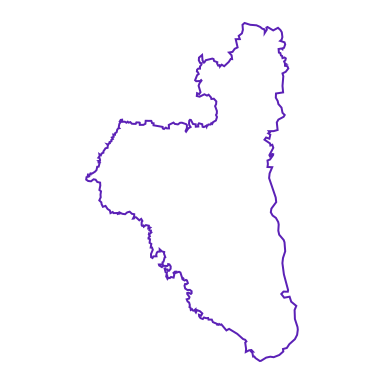 Sirajganj, Rajshahi, Bangladesh (Natural Earth projection)
{"feature_id": "16705992B55394931042500", "entity_name": "Sirajganj", "entity_type": "district", "adm_level": 2, "iso_a3": "BGD", "parent_name": "Bangladesh", "parent_adm1": "Rajshahi", "projection": "natural_earth1", "projection_center": [89.578, 24.399], "detail": "fine", "context": "isolated", "style": "outline", "palette": "violet", "viewbox_px": 384, "rotation_deg": 0, "n_neighbors": 0, "source": "geoboundaries", "source_scale": "gbopen_adm2", "svg_char_len": 5987}
<svg xmlns="http://www.w3.org/2000/svg" viewBox="0 0 384 384"><path d="M119.8,121.5L120.7,121.9L119.3,124.0L118.7,127.5L119.3,128.2L118.3,128.4L117.3,129.5L116.6,132.3L115.1,133.2L115.0,134.7L113.3,134.5L113.7,136.8L111.9,137.5L112.9,139.0L111.3,140.0L111.4,141.3L109.6,142.1L109.8,143.2L108.8,143.5L108.3,144.6L107.2,144.3L107.8,145.0L107.6,147.8L105.5,148.3L103.4,151.4L103.4,152.7L101.7,153.4L100.9,155.2L99.4,154.2L99.7,155.8L98.4,157.7L99.5,158.0L100.1,160.1L99.9,160.8L98.4,161.0L99.4,162.0L97.8,162.3L99.7,162.8L98.6,166.7L97.2,166.8L96.5,170.1L95.0,171.7L92.2,173.5L90.7,173.4L90.7,174.4L89.3,174.4L89.3,176.3L88.6,176.6L87.8,175.5L87.6,176.8L86.5,177.2L86.2,179.6L88.2,181.0L91.0,181.3L93.6,179.3L95.6,179.7L97.3,182.0L100.1,182.6L100.3,185.6L99.4,190.0L101.0,191.3L100.5,194.6L100.7,197.3L99.3,200.4L101.3,202.3L101.6,204.2L102.9,206.8L105.5,205.9L107.6,209.0L109.9,210.5L110.5,213.1L112.7,212.0L113.5,213.1L117.4,213.0L117.7,214.0L118.7,213.7L118.8,213.0L119.5,213.4L119.7,212.5L122.3,213.8L125.1,214.2L127.2,212.4L129.7,211.7L131.9,213.8L134.2,214.2L134.2,216.2L133.0,218.6L133.9,218.5L134.7,217.2L136.2,217.4L139.3,220.3L141.2,218.9L142.4,221.0L141.7,222.0L141.6,225.0L142.2,225.9L143.4,225.5L143.8,226.7L145.9,225.1L148.8,225.7L148.4,227.8L149.4,227.2L150.3,227.6L149.2,228.5L149.3,230.3L150.9,230.6L150.7,231.6L151.4,232.3L149.9,233.8L149.1,233.4L148.8,234.5L149.9,236.3L148.6,237.5L148.5,238.6L150.0,239.2L149.6,242.8L151.3,243.9L150.7,247.5L152.0,247.5L152.8,249.8L151.0,254.0L151.1,257.2L152.5,258.0L153.4,256.4L156.5,256.3L156.2,254.8L156.9,252.5L157.8,251.7L159.8,251.6L159.7,249.3L162.1,251.5L164.2,252.0L164.0,253.7L165.3,257.2L164.6,257.6L163.5,261.7L162.5,262.4L162.8,264.4L158.9,264.5L159.2,265.5L161.9,267.1L163.1,265.8L167.2,266.0L168.1,265.2L168.2,264.1L169.4,264.4L170.7,266.4L170.6,268.8L169.0,270.8L168.0,270.8L167.5,269.5L165.5,269.8L165.4,268.3L164.6,268.5L165.6,272.2L166.9,272.6L166.3,276.0L167.2,275.7L167.4,277.4L167.0,277.7L167.5,278.9L168.4,277.8L169.8,278.1L171.0,277.0L173.6,277.6L174.3,274.5L173.5,272.9L174.9,271.7L176.2,271.7L176.0,272.8L179.0,271.8L180.4,272.5L181.9,277.2L183.1,278.2L182.3,278.6L182.5,279.3L184.5,280.5L186.0,279.9L186.9,280.4L187.9,283.1L186.5,284.2L185.1,284.0L184.5,285.7L185.2,288.5L187.4,290.0L189.9,289.9L191.6,291.2L191.6,293.2L190.9,293.9L188.6,292.7L187.3,292.9L187.2,293.9L189.5,297.1L189.0,298.6L186.7,299.3L187.6,301.5L189.1,302.5L189.8,305.0L189.5,307.1L190.4,307.5L190.8,309.9L192.0,309.2L192.7,310.4L193.8,310.7L195.5,309.3L195.5,311.9L195.9,312.5L197.0,310.1L199.9,311.2L202.3,313.4L201.2,315.6L199.0,314.8L199.2,316.4L200.5,318.1L202.8,319.0L204.0,317.5L206.2,318.2L208.1,318.0L208.5,319.6L211.8,319.6L212.9,322.1L217.1,323.9L217.1,324.6L218.4,324.8L219.1,324.0L220.2,324.8L221.4,324.4L226.4,330.4L229.1,328.9L237.3,333.9L243.0,339.0L245.2,339.8L246.4,341.4L245.2,342.6L246.1,349.0L245.8,352.0L249.1,350.3L251.4,350.0L252.8,351.5L251.0,351.4L252.4,352.9L253.1,356.6L254.3,356.5L255.5,358.1L259.8,361.0L261.0,360.8L266.2,357.6L270.3,356.7L273.7,357.2L279.3,355.0L283.3,351.5L283.0,349.0L286.8,348.0L289.3,344.2L294.9,339.2L297.1,334.9L297.8,329.7L297.5,327.0L294.9,319.0L294.6,310.0L296.3,305.9L291.2,301.7L289.6,296.7L284.2,297.7L281.3,294.0L283.5,291.6L287.8,291.7L288.1,290.1L283.9,274.4L282.4,263.1L283.0,258.0L285.2,251.3L284.5,242.3L283.7,240.0L279.2,234.7L278.3,230.7L278.7,224.5L278.2,222.0L275.9,217.9L272.6,215.5L270.8,212.3L271.4,208.6L276.2,202.1L275.7,197.5L269.1,178.1L269.6,173.4L272.2,167.2L267.5,167.0L267.9,164.0L267.5,160.5L270.0,159.5L273.1,155.1L273.2,154.2L272.4,154.0L269.9,156.2L269.4,155.1L273.3,147.8L272.3,144.8L270.4,145.5L270.1,143.5L264.5,139.7L266.1,137.5L269.4,138.7L270.3,134.7L268.3,133.3L269.8,132.3L268.9,131.2L273.7,131.1L277.6,130.0L276.8,122.4L278.4,119.6L283.6,116.8L284.7,115.0L282.5,112.8L281.5,107.6L278.4,104.1L277.7,101.0L275.8,97.7L276.0,93.5L283.1,92.4L282.5,85.9L283.3,76.3L282.5,73.4L285.7,71.8L288.3,68.5L287.4,66.2L285.0,65.8L285.0,64.2L286.0,64.0L284.9,63.3L284.1,61.4L285.3,60.4L285.8,58.4L284.5,57.5L282.5,58.1L282.1,56.0L280.9,55.4L280.3,53.0L278.9,52.6L278.6,49.0L281.4,48.5L282.5,49.3L282.8,48.2L284.0,47.8L285.2,44.4L284.5,42.3L280.2,40.9L281.6,39.7L282.4,37.1L281.8,32.3L280.4,30.0L278.0,27.8L273.2,30.4L267.5,27.0L266.4,27.6L266.8,29.7L264.7,33.0L264.8,31.0L264.0,29.1L262.4,28.8L260.1,26.9L256.5,25.3L250.3,24.8L244.5,23.0L242.5,24.8L242.9,29.8L241.9,33.4L238.7,35.9L239.8,39.1L235.7,39.2L237.6,47.4L234.7,48.8L232.5,51.9L229.0,52.5L231.6,55.3L232.1,59.1L230.7,59.0L228.8,61.9L224.2,66.2L221.7,64.7L220.4,66.1L220.5,65.3L219.8,65.4L219.8,66.9L219.3,65.2L218.1,65.5L217.1,63.5L217.3,62.2L214.1,61.0L213.5,59.0L212.3,58.6L205.8,60.2L204.3,62.5L203.6,62.6L202.5,60.2L202.1,55.0L199.0,57.6L198.8,60.3L200.1,62.9L201.5,63.2L201.5,64.5L200.0,66.5L200.0,68.6L198.3,68.6L197.1,69.7L196.9,71.5L197.9,72.2L198.7,74.0L197.1,75.2L195.1,80.2L196.2,81.2L200.1,81.0L201.1,80.1L201.5,80.6L199.5,83.3L198.6,85.8L200.5,92.2L199.2,94.1L197.1,93.2L196.8,96.0L199.6,96.7L204.4,94.3L207.0,95.6L208.6,94.7L210.9,97.3L211.4,99.0L213.8,98.7L216.3,101.4L216.1,104.2L215.1,106.1L216.9,111.0L216.8,113.5L216.0,115.0L217.0,117.0L215.9,120.5L213.1,122.1L212.2,123.9L211.3,123.2L210.6,124.5L208.4,124.5L207.5,125.7L206.8,125.5L206.5,126.8L206.0,125.9L203.8,127.1L202.6,126.8L202.2,124.2L199.0,123.3L198.1,124.6L198.3,126.5L195.8,126.7L195.7,124.3L193.0,124.0L190.9,120.0L190.0,119.8L189.3,120.6L189.0,123.4L189.3,125.1L190.6,127.0L188.4,128.3L186.1,131.7L185.6,131.0L186.9,128.0L186.9,125.0L186.0,124.1L181.9,122.7L180.1,122.8L177.9,124.4L174.8,123.9L173.5,122.6L168.8,124.9L169.0,128.4L166.9,128.4L165.9,127.6L164.0,129.0L162.8,128.5L162.6,126.9L153.5,125.3L153.6,123.3L152.1,123.1L151.3,120.9L145.7,120.8L145.4,123.8L143.3,124.9L139.8,124.9L139.7,122.7L139.2,122.5L136.4,122.4L135.7,123.9L133.9,123.9L131.8,123.7L130.3,122.1L128.6,122.6L127.7,121.7L126.4,122.7L124.8,121.7L122.2,121.8L122.1,119.7L120.7,119.9L119.8,121.5Z" fill="none" stroke="#5b21b6" stroke-width="2"/></svg>